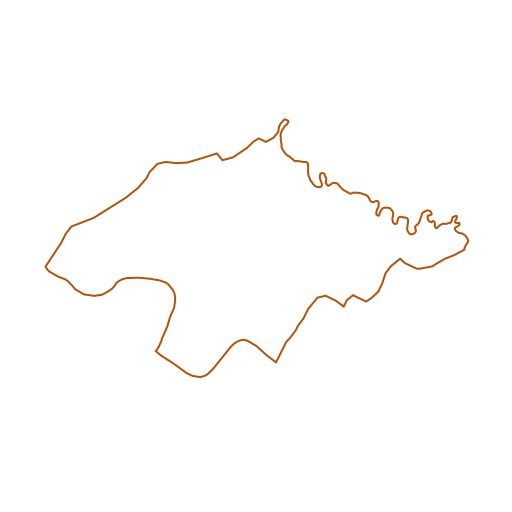 outline of Kim Jong Suk, Ryanggang, North Korea, rotated 26°
{"feature_id": "82179303B38572973441712", "entity_name": "Kim Jong Suk", "entity_type": "district", "adm_level": 2, "iso_a3": "PRK", "parent_name": "North Korea", "parent_adm1": "Ryanggang", "projection": "orthographic", "projection_center": [127.758, 41.268], "detail": "fine", "context": "isolated", "style": "outline", "palette": "amber", "viewbox_px": 512, "rotation_deg": 26, "n_neighbors": 0, "source": "geoboundaries", "source_scale": "gbopen_adm2", "svg_char_len": 6154}
<svg xmlns="http://www.w3.org/2000/svg" viewBox="0 0 512 512"><g transform="rotate(26 256 256)"><path d="M71.5,357.6L73.7,359.3L77.0,360.6L87.7,361.3L94.0,360.6L97.6,361.0L104.5,363.4L107.8,365.1L118.2,365.9L127.9,362.8L134.6,358.3L139.3,351.6L140.8,348.7L142.0,345.0L142.2,341.7L143.9,338.4L146.1,335.4L149.4,332.6L159.5,327.2L169.3,323.4L179.6,320.3L185.9,319.4L189.2,319.8L195.6,322.6L198.9,325.1L201.3,328.3L202.9,331.5L205.1,338.5L205.5,348.5L207.2,358.4L207.7,371.4L208.3,374.6L208.3,381.8L207.6,385.4L214.4,387.1L228.2,388.7L245.3,391.7L251.9,391.5L258.7,389.4L261.9,386.8L264.1,383.9L266.7,377.0L273.3,348.1L274.5,344.8L276.4,341.6L278.9,338.6L281.9,336.6L285.6,335.9L295.8,336.7L308.9,340.5L320.6,342.8L320.9,319.9L322.5,314.6L324.3,305.7L324.3,300.3L326.0,291.4L326.1,280.8L329.5,266.5L336.0,261.2L347.3,261.2L357.0,263.0L357.1,255.8L360.4,248.7L374.9,248.7L378.1,243.4L381.5,234.5L381.5,225.6L380.0,214.9L381.7,206.0L386.7,195.3L393.1,197.1L406.0,197.0L409.2,195.3L418.9,188.1L422.2,182.8L427.1,175.6L433.6,168.5L440.1,159.6L440.5,159.0L440.0,157.8L439.8,156.3L439.9,154.1L440.3,151.0L440.3,150.2L440.2,149.6L439.9,149.1L438.1,147.4L436.7,146.6L435.0,145.9L433.2,145.5L431.7,145.4L430.2,145.7L428.4,146.3L427.9,146.3L425.7,146.0L424.9,145.8L424.1,145.5L423.1,144.8L422.9,144.5L422.6,144.0L422.6,143.3L422.7,142.9L423.4,141.9L423.7,141.7L424.7,140.2L425.0,139.2L425.1,138.7L425.1,138.4L425.0,138.0L424.8,137.7L424.6,137.5L424.3,137.3L424.0,137.3L422.9,137.9L421.4,138.6L420.6,138.6L420.3,138.4L419.9,138.0L419.8,137.7L419.7,137.4L419.7,136.9L419.9,136.1L419.9,134.8L419.6,133.3L419.3,132.6L419.1,132.4L418.6,132.1L418.0,132.4L417.7,132.7L417.3,133.1L416.9,133.7L415.9,134.8L415.7,135.1L415.8,135.5L415.9,135.8L416.1,136.7L416.3,137.6L416.3,138.3L416.5,139.6L416.5,140.1L416.4,140.5L416.2,140.8L415.3,141.7L414.4,142.3L413.5,143.3L411.5,144.4L410.8,144.5L410.2,144.8L409.6,145.4L408.4,146.8L407.7,147.9L407.5,148.5L407.1,149.0L406.9,149.8L406.8,150.7L406.6,151.1L406.3,151.7L406.0,151.9L405.7,152.0L404.9,151.7L403.6,151.0L403.4,150.7L403.5,150.4L403.3,149.7L402.6,148.5L402.3,148.0L401.5,147.3L400.9,146.9L400.3,146.8L399.9,146.9L399.5,147.3L399.4,147.5L399.2,148.2L399.0,148.5L398.9,148.7L398.2,148.6L397.5,148.9L396.6,148.9L395.9,148.7L395.5,148.5L394.3,147.4L393.9,147.0L393.4,146.2L393.0,145.5L392.8,144.7L392.9,144.4L393.0,144.2L393.6,143.7L394.2,143.3L395.3,142.2L395.5,141.7L395.4,141.1L395.2,140.9L394.2,139.9L393.5,139.6L392.6,139.4L391.1,139.5L390.1,139.9L389.2,140.7L388.6,141.4L387.9,142.6L387.0,143.7L386.7,144.7L386.7,145.4L387.2,147.6L387.2,148.7L387.4,149.9L387.4,150.9L387.6,151.5L387.8,153.6L387.9,154.7L387.8,155.4L387.6,155.9L387.3,156.8L386.9,157.5L386.7,158.2L386.2,159.4L386.1,159.7L386.1,160.0L386.4,160.5L386.9,161.1L387.5,161.8L388.1,162.5L388.7,163.4L388.9,163.8L388.9,164.4L388.8,165.2L388.3,166.4L388.1,166.6L387.3,167.5L385.5,168.7L385.0,168.8L384.2,168.7L383.5,168.4L382.3,167.7L381.3,167.0L380.3,166.0L379.8,164.9L379.1,162.8L378.3,161.0L378.1,159.5L377.8,159.0L377.6,158.2L377.2,157.5L377.0,157.1L376.1,156.3L375.8,156.0L375.0,155.8L373.9,155.9L373.1,156.1L372.5,156.4L371.8,156.6L370.0,156.7L368.5,157.6L368.0,158.0L367.4,158.7L367.2,159.6L367.6,161.4L367.7,162.2L368.1,163.5L368.2,164.4L368.2,164.8L368.1,165.0L367.9,165.5L367.5,166.1L367.3,166.3L366.9,166.3L365.9,166.2L365.0,166.0L364.7,165.9L364.2,165.4L363.3,164.4L363.0,164.0L362.7,163.6L362.0,162.0L361.9,161.5L361.7,161.2L361.7,160.6L361.5,159.7L361.2,158.6L360.1,157.0L359.3,156.0L358.0,155.4L355.7,154.5L355.2,154.4L354.3,154.6L352.9,155.0L350.9,155.9L349.7,156.8L349.2,157.3L349.0,157.8L348.8,158.3L348.5,159.3L348.4,159.7L348.4,160.2L348.4,163.3L348.9,165.3L348.9,165.5L348.5,166.0L347.9,166.2L347.0,166.2L346.0,165.9L345.7,165.6L344.6,162.6L344.5,162.0L344.4,161.3L344.6,158.2L344.5,157.9L344.1,157.1L343.5,155.4L343.0,154.4L342.8,154.1L342.4,153.8L342.1,153.5L341.8,153.4L341.0,153.4L340.4,153.5L339.0,154.7L338.4,155.5L337.6,156.2L337.3,156.5L336.3,156.6L335.4,156.6L334.9,156.4L333.5,155.5L333.2,155.1L332.9,154.9L332.1,154.6L331.0,153.7L330.5,153.4L330.0,153.3L328.5,153.0L328.0,153.0L323.0,153.6L322.0,153.9L319.2,154.8L316.2,156.1L315.4,156.7L314.8,157.3L314.6,157.8L314.2,158.2L313.1,158.7L312.0,158.8L311.4,158.5L309.9,158.6L307.8,158.4L305.5,158.4L304.1,157.8L303.1,157.6L301.6,156.9L300.2,156.5L299.0,155.9L297.9,155.4L297.5,155.3L297.1,155.3L296.1,155.4L294.2,155.9L293.8,156.1L293.1,156.7L292.6,157.3L292.2,158.1L291.9,158.5L291.8,159.0L291.2,159.7L291.1,160.1L290.8,160.4L290.6,160.8L290.4,161.1L289.8,161.3L288.8,160.9L288.0,160.4L287.1,160.2L286.9,160.0L286.7,159.8L286.3,158.6L285.8,157.2L285.6,156.4L285.2,155.8L284.0,154.4L283.0,153.9L282.1,152.7L281.9,152.5L281.3,152.2L280.4,152.1L279.6,152.2L278.6,152.7L278.4,153.0L277.9,153.9L278.2,155.6L278.8,157.2L279.5,158.2L280.7,159.5L282.9,161.6L283.7,162.5L284.2,163.5L284.3,164.0L284.3,164.5L284.0,165.1L283.5,165.8L282.5,166.4L281.6,166.8L280.1,167.2L279.1,167.3L277.9,167.2L275.6,166.2L272.0,164.2L271.1,163.6L270.3,162.7L269.9,162.4L269.5,161.9L268.4,161.0L267.4,160.0L265.3,156.5L265.0,155.8L264.1,153.4L263.7,152.9L262.1,150.2L261.3,149.7L260.9,149.5L259.8,149.6L258.8,150.0L257.7,150.6L256.0,151.1L254.3,151.5L251.5,152.6L251.0,152.8L250.0,153.4L249.6,153.6L249.1,153.6L248.0,153.4L246.3,152.8L245.7,152.8L244.7,152.7L243.9,152.4L243.4,152.2L242.5,151.9L240.2,151.9L237.6,151.1L236.9,150.9L236.6,150.6L235.9,150.2L233.6,149.0L232.7,148.3L231.1,146.8L230.6,145.8L230.5,145.3L229.9,144.1L229.0,143.2L227.9,141.7L227.8,141.3L227.0,140.1L226.7,139.4L226.4,139.0L226.2,138.4L225.9,138.1L225.8,137.7L225.2,136.9L224.6,134.9L224.4,133.0L224.4,130.9L224.7,129.2L224.8,127.2L224.9,126.8L225.7,125.1L226.1,124.3L226.3,122.4L226.3,121.4L226.2,121.0L226.1,120.8L225.9,120.6L225.5,120.4L224.8,120.3L224.2,120.3L222.6,120.5L221.7,120.7L220.1,126.0L220.0,129.5L221.6,134.9L219.9,142.0L214.9,149.1L206.9,149.1L203.6,154.4L200.3,163.3L192.0,177.5L183.9,184.6L175.9,181.0L162.8,193.4L153.0,202.3L143.3,207.6L133.5,211.1L127.0,216.4L123.6,227.1L123.5,234.2L120.1,246.6L113.4,260.8L93.5,292.8L77.1,310.5L75.3,319.4L75.1,330.0L71.5,357.6Z" fill="none" stroke="#b45309" stroke-width="2"/></g></svg>